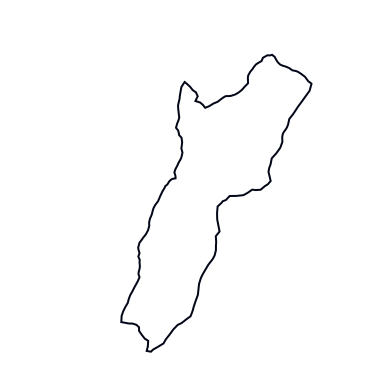 Bomachoge Chache, Nyanza, Kenya (Natural Earth projection), rotated 212°
{"feature_id": "3690345B65258571851787", "entity_name": "Bomachoge Chache", "entity_type": "district", "adm_level": 2, "iso_a3": "KEN", "parent_name": "Kenya", "parent_adm1": "Nyanza", "projection": "natural_earth1", "projection_center": [34.714, -0.804], "detail": "fine", "context": "isolated", "style": "outline", "palette": "ink", "viewbox_px": 384, "rotation_deg": 212, "n_neighbors": 0, "source": "geoboundaries", "source_scale": "gbopen_adm2", "svg_char_len": 2904}
<svg xmlns="http://www.w3.org/2000/svg" viewBox="0 0 384 384"><g transform="rotate(212 192 192)"><path d="M183.0,44.2L179.8,45.5L176.3,46.8L172.5,49.0L168.7,49.9L165.3,49.2L163.2,46.1L159.0,44.3L154.3,42.6L150.3,42.6L147.6,37.6L146.2,33.2L142.2,34.8L141.7,37.0L141.2,38.3L138.6,43.1L135.9,48.5L136.1,53.2L135.5,58.7L135.0,65.5L133.7,71.7L131.4,75.3L129.2,81.4L127.4,85.7L127.7,87.6L128.2,90.2L129.0,93.4L129.6,95.1L130.3,98.0L131.1,101.3L131.5,103.1L132.5,107.9L134.7,112.4L137.3,117.8L138.8,123.4L139.0,124.7L139.3,127.9L139.4,130.6L139.5,134.0L139.6,139.2L139.1,144.0L138.9,146.4L139.2,150.2L140.8,155.2L143.1,158.9L144.9,162.3L148.4,167.1L147.7,173.1L152.0,177.7L156.1,182.1L159.7,187.6L162.6,193.3L161.2,198.5L161.1,200.3L159.0,203.2L157.9,208.6L152.4,212.1L146.7,216.6L144.3,220.9L142.2,225.9L138.8,227.5L135.0,230.3L133.3,235.6L131.8,238.7L131.1,243.0L134.7,246.6L137.7,249.5L139.2,253.1L140.1,257.3L142.2,262.8L141.0,269.6L140.6,276.3L141.9,282.4L144.2,285.8L144.9,287.0L145.8,289.6L145.9,291.6L145.7,294.7L145.7,297.3L146.3,300.2L147.6,303.8L148.2,305.5L147.6,310.7L147.4,315.5L147.3,320.7L146.8,327.1L146.4,333.4L145.9,340.1L148.0,347.1L149.7,347.4L152.0,347.5L153.5,348.1L157.3,349.6L162.0,350.0L165.9,350.1L168.2,349.6L171.3,348.4L175.4,348.6L178.6,348.1L180.8,347.5L183.0,347.0L184.7,346.8L187.3,347.3L189.1,348.0L191.1,349.0L192.4,349.8L193.5,350.4L196.8,350.8L198.2,349.2L200.6,347.8L201.6,345.9L203.0,343.4L202.4,340.0L203.4,338.1L204.6,335.8L205.4,333.9L205.8,330.6L205.8,328.6L206.3,324.9L206.1,320.7L205.4,318.9L203.9,316.6L203.0,315.3L202.1,313.8L203.2,308.9L203.5,306.7L203.9,304.7L205.3,300.8L207.1,297.5L209.6,294.5L210.7,293.5L211.7,292.8L213.8,291.5L214.8,290.3L216.3,286.9L218.0,282.2L220.8,278.2L222.9,273.9L225.4,270.4L229.1,271.7L232.5,272.2L237.3,271.0L237.9,276.2L239.7,277.4L241.4,278.6L245.4,278.8L249.3,280.2L253.6,281.0L256.5,281.4L256.6,279.4L256.6,275.3L255.0,271.3L253.3,267.2L251.7,263.9L251.3,262.6L250.8,261.0L249.6,257.8L247.3,254.6L246.4,253.5L245.0,251.7L242.4,248.6L241.5,245.9L240.9,242.4L240.3,240.3L239.6,238.0L236.5,236.9L234.9,235.5L233.0,233.4L229.7,232.5L226.7,229.0L225.7,226.9L224.1,223.3L221.0,220.4L219.8,217.1L219.1,214.7L218.9,210.2L218.4,206.2L218.3,204.8L218.2,202.9L217.4,199.4L215.1,197.4L214.1,196.3L213.2,194.9L215.7,192.6L216.3,191.3L216.9,189.1L216.9,186.6L216.9,185.3L217.8,182.6L217.4,180.9L217.4,177.1L216.8,171.9L215.9,166.3L216.3,161.6L216.1,158.2L215.6,155.9L215.1,154.5L214.1,151.2L213.5,147.1L212.4,143.9L211.4,142.1L210.5,141.1L209.0,136.3L208.7,131.8L209.2,127.3L209.4,123.5L209.7,121.4L208.2,116.4L206.7,114.6L204.1,112.3L203.3,108.8L200.4,106.8L199.0,104.2L197.1,101.8L196.3,100.3L195.7,98.9L194.8,95.8L193.9,94.1L191.3,91.8L190.7,87.5L190.6,86.1L190.5,84.2L190.3,80.5L190.1,78.3L189.9,76.2L189.7,71.7L188.9,67.7L187.7,63.9L187.6,59.1L187.1,54.2L186.0,49.6L183.0,44.2Z" fill="none" stroke="#020617" stroke-width="2"/></g></svg>